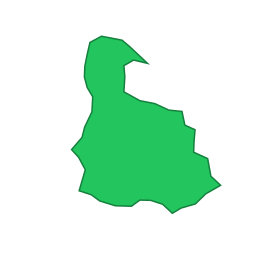 Agios Ioannis Malountas, Nicosia, Cyprus, rotated 70°
{"feature_id": "46923920B28301688096531", "entity_name": "Agios Ioannis Malountas", "entity_type": "district", "adm_level": 2, "iso_a3": "CYP", "parent_name": "Cyprus", "parent_adm1": "Nicosia", "projection": "natural_earth1", "projection_center": [33.174, 35.073], "detail": "fine", "context": "isolated", "style": "filled", "palette": "green", "viewbox_px": 256, "rotation_deg": 70, "n_neighbors": 0, "source": "geoboundaries", "source_scale": "gbopen_adm2", "svg_char_len": 668}
<svg xmlns="http://www.w3.org/2000/svg" viewBox="0 0 256 256"><g transform="rotate(70 128 128)"><path d="M152.6,65.6L144.7,73.6L130.9,71.6L125.1,83.6L114.2,94.5L106.4,107.5L92.6,119.5L78.9,113.5L68.0,110.5L66.1,99.5L73.9,87.6L52.3,98.5L43.5,103.5L32.7,121.5L34.6,134.5L45.4,141.5L55.3,147.5L65.1,151.5L75.9,152.5L86.7,150.5L100.5,156.4L112.3,168.4L121.1,174.4L129.0,188.4L138.8,184.4L152.6,182.4L170.3,195.4L178.1,185.4L187.0,179.4L196.8,166.4L202.7,151.5L199.8,141.5L203.7,131.5L211.5,121.5L223.3,115.5L221.4,105.5L222.4,90.6L216.5,77.6L213.5,60.6L201.7,66.6L184.0,63.6L173.2,74.6L163.4,70.6L152.6,65.6Z" fill="#22c55e" stroke="#15803d" stroke-width="1.5"/></g></svg>